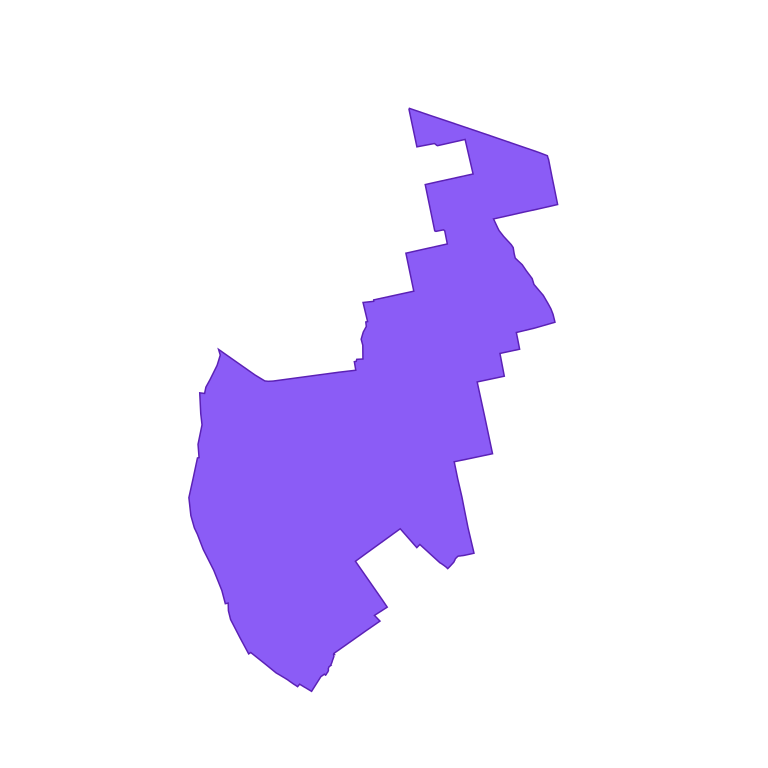 Seaca, Teleorman, Romania, rotated 56°
{"feature_id": "2599482B69816057768197", "entity_name": "Seaca", "entity_type": "district", "adm_level": 2, "iso_a3": "ROU", "parent_name": "Romania", "parent_adm1": "Teleorman", "projection": "mercator", "projection_center": [25.083, 43.758], "detail": "fine", "context": "isolated", "style": "filled", "palette": "violet", "viewbox_px": 768, "rotation_deg": 56, "n_neighbors": 0, "source": "geoboundaries", "source_scale": "gbopen_adm2", "svg_char_len": 3062}
<svg xmlns="http://www.w3.org/2000/svg" viewBox="0 0 768 768"><g transform="rotate(56 384 384)"><path d="M262.8,501.8L268.5,503.6L271.9,507.8L275.2,511.9L283.2,526.0L287.0,533.4L291.5,538.0L288.3,541.7L306.1,552.5L316.1,557.7L320.3,562.0L330.0,571.9L341.6,578.5L341.0,580.0L355.5,595.0L369.1,609.3L385.1,617.7L397.3,621.7L404.1,622.7L420.2,626.4L443.2,629.3L464.5,633.9L477.4,638.4L478.5,635.7L485.0,639.8L493.5,642.9L514.0,645.3L532.1,647.1L532.1,644.6L550.9,638.7L563.2,635.0L567.1,633.1L575.1,629.4L578.4,628.2L582.8,626.5L584.3,625.8L586.6,624.9L585.7,621.8L590.3,619.7L598.3,615.9L591.2,599.7L591.3,599.0L591.3,598.2L591.3,597.5L591.2,596.8L591.2,595.9L591.3,595.6L591.5,595.4L592.0,595.4L592.3,595.4L592.6,595.4L592.7,595.2L592.6,594.7L592.4,594.2L591.9,593.2L591.7,592.8L591.5,592.2L591.2,591.4L590.9,591.0L590.4,590.3L590.1,590.0L589.2,589.6L588.9,589.3L588.7,589.2L588.2,588.4L587.7,587.7L587.6,586.0L587.6,585.6L587.6,585.4L587.4,585.5L586.5,584.1L585.6,582.8L584.2,581.1L583.4,579.9L582.6,578.9L582.3,578.4L582.0,578.1L581.7,577.8L581.3,577.6L580.9,577.4L580.4,577.3L580.2,577.2L580.0,576.5L580.2,576.3L579.4,576.3L579.3,575.2L578.5,536.7L578.3,519.9L576.7,520.2L570.5,521.3L570.5,520.3L570.6,516.6L570.7,511.1L570.8,506.1L569.4,506.1L563.2,506.1L515.0,506.8L514.5,494.1L513.1,452.4L513.1,451.5L538.0,448.3L537.1,444.0L563.2,437.7L563.6,437.6L564.5,437.1L565.7,436.6L566.8,436.2L567.5,435.9L568.1,435.7L568.7,435.5L569.6,435.2L570.1,435.0L571.4,434.7L572.7,434.4L572.5,433.4L572.1,431.4L571.6,429.3L571.4,428.6L571.3,427.9L571.0,426.8L570.8,426.0L570.7,425.7L570.4,425.1L569.9,424.4L569.7,423.8L569.5,423.6L569.3,423.4L569.1,423.1L569.0,422.9L568.7,422.2L568.4,420.5L568.2,419.5L568.2,418.7L569.4,416.5L569.8,415.5L570.3,414.7L570.9,413.4L572.1,410.4L572.5,409.4L573.5,406.9L574.6,404.0L571.5,402.8L550.1,394.7L534.3,388.1L527.2,385.1L521.3,382.6L505.9,376.7L503.8,375.9L502.1,375.2L488.3,369.5L487.7,369.3L494.2,353.5L495.0,351.5L502.5,333.0L502.0,332.8L467.7,318.9L434.4,305.6L441.7,287.6L444.8,279.9L427.3,272.4L423.5,270.8L431.0,252.1L421.1,247.9L415.3,245.5L422.0,227.5L428.4,207.7L420.8,204.9L415.1,203.6L408.8,203.0L399.4,202.4L397.0,202.7L385.3,204.0L379.4,202.2L369.6,202.7L362.4,202.7L356.7,204.0L353.0,204.8L348.5,203.1L343.1,200.6L339.6,200.6L328.5,202.3L321.2,202.8L318.7,202.5L310.4,201.2L308.4,200.9L319.7,171.9L324.7,159.4L332.3,139.7L315.0,132.5L306.0,128.8L289.9,122.0L288.2,121.6L286.1,120.9L282.1,123.7L278.8,126.0L243.8,152.4L241.4,154.2L212.2,176.4L185.8,196.6L169.7,208.8L170.3,209.7L205.8,224.1L212.8,207.8L214.1,207.2L215.5,206.9L216.4,206.3L216.8,205.2L226.6,180.0L259.7,192.7L246.8,225.3L241.7,238.3L285.4,256.3L286.5,255.6L289.5,248.4L291.0,248.0L300.0,251.8L303.3,253.2L295.5,273.0L290.5,285.8L287.8,292.7L323.7,307.4L308.5,345.5L309.7,346.3L304.7,355.8L323.1,362.7L322.4,364.4L326.4,366.5L329.3,372.1L334.1,377.9L340.0,379.9L351.5,387.5L348.3,392.8L349.7,394.4L348.9,396.1L356.8,399.7L348.8,415.2L319.5,474.4L317.0,478.5L314.8,481.1L304.4,485.9L262.8,501.8Z" fill="#8b5cf6" stroke="#5b21b6" stroke-width="1.5"/></g></svg>